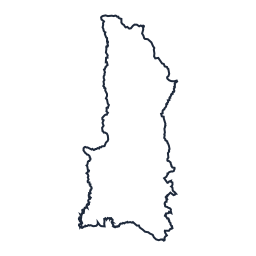 the district of Muhanga, Southern, Rwanda
{"feature_id": "39286606B71619932434084", "entity_name": "Muhanga", "entity_type": "district", "adm_level": 2, "iso_a3": "RWA", "parent_name": "Rwanda", "parent_adm1": "Southern", "projection": "robinson", "projection_center": [29.724, -1.939], "detail": "fine", "context": "isolated", "style": "outline", "palette": "slate", "viewbox_px": 256, "rotation_deg": 0, "n_neighbors": 0, "source": "geoboundaries", "source_scale": "gbopen_adm2", "svg_char_len": 5863}
<svg xmlns="http://www.w3.org/2000/svg" viewBox="0 0 256 256"><path d="M170.6,223.2L169.1,221.5L169.3,220.8L168.8,220.2L169.0,219.9L168.5,218.5L168.1,218.3L167.3,218.6L166.3,216.9L164.9,215.8L165.3,214.8L165.9,215.0L166.0,213.5L168.7,213.1L169.0,211.9L171.3,213.1L170.7,210.7L170.9,209.4L169.8,208.2L168.3,207.8L167.3,207.0L165.4,206.5L165.0,205.9L165.1,204.3L164.6,203.9L164.9,202.5L166.2,201.3L166.5,201.5L166.7,200.4L166.5,199.9L167.2,199.3L166.6,198.8L166.9,198.6L166.6,197.6L166.2,197.4L167.0,196.5L166.3,196.4L167.6,194.9L168.5,194.6L170.4,192.6L173.5,195.1L174.3,194.6L174.7,194.8L175.4,193.9L176.1,193.8L174.8,192.3L173.1,191.0L172.7,190.2L172.4,187.5L171.2,186.5L171.8,186.1L172.5,184.7L172.4,182.4L170.8,181.7L171.0,180.8L169.1,181.5L168.2,182.6L167.4,182.8L164.1,178.2L166.3,176.8L167.6,174.3L167.5,173.7L168.1,173.7L168.2,173.1L169.3,172.1L171.3,171.4L172.1,171.6L173.7,171.1L174.6,168.8L174.5,167.8L172.4,167.5L171.3,165.9L171.5,165.4L170.8,164.0L170.6,162.5L168.7,160.9L167.7,160.9L167.4,160.6L167.4,158.9L168.4,157.6L167.9,153.1L169.1,151.6L168.9,150.1L169.4,149.6L169.5,148.8L168.9,145.7L167.9,143.1L167.4,142.8L167.2,141.3L165.4,140.3L165.4,139.4L164.2,137.9L164.7,135.1L164.3,134.6L164.9,132.5L164.4,128.8L165.1,126.8L165.0,126.3L165.5,125.6L165.2,125.0L165.4,123.8L163.8,118.5L163.7,116.7L161.8,116.3L161.1,113.8L162.6,113.3L162.6,110.9L163.2,109.9L164.3,109.4L164.4,108.5L165.8,107.0L166.3,105.8L166.2,104.2L167.2,104.0L167.2,102.8L168.0,102.3L168.2,101.2L167.9,100.3L169.4,100.1L169.4,98.2L170.2,97.8L169.8,97.2L171.2,95.5L171.1,94.5L171.7,93.8L172.6,93.9L172.9,91.8L174.1,91.7L174.3,90.8L173.8,88.9L174.5,87.9L174.2,87.0L174.9,86.8L174.7,85.8L175.0,84.8L174.6,83.8L175.0,83.1L177.1,81.5L176.7,80.6L174.2,81.3L171.2,81.1L169.2,80.3L167.5,78.8L167.1,77.9L167.2,77.1L168.5,76.0L169.2,73.8L168.3,68.9L167.6,68.6L167.0,67.0L164.7,66.4L163.8,64.0L162.0,63.4L158.3,57.9L155.3,58.4L154.1,56.4L154.4,53.4L153.8,49.6L154.3,48.0L153.0,46.1L151.4,42.4L147.8,39.2L144.9,38.9L144.2,38.2L143.4,35.6L142.1,33.5L143.2,29.7L143.1,27.7L143.9,26.6L143.8,25.9L143.1,25.6L142.2,26.4L140.8,25.5L139.2,26.3L136.9,24.7L134.5,24.6L132.8,25.9L130.9,28.3L129.2,28.6L127.3,26.9L125.8,27.4L124.9,26.6L124.0,25.0L122.5,24.1L121.4,22.6L121.4,18.9L119.2,18.2L118.5,17.7L118.3,16.7L116.9,16.6L116.1,15.8L115.2,15.6L113.8,16.1L111.7,15.7L107.9,16.1L105.5,15.4L102.8,16.0L101.6,16.7L101.1,17.4L101.5,19.5L104.0,21.4L103.0,23.2L103.2,24.8L102.6,27.4L103.3,28.7L103.7,30.8L104.7,32.1L105.4,32.4L104.8,33.9L106.2,37.5L106.9,37.8L107.1,38.4L107.0,41.6L107.9,41.6L108.0,42.4L107.4,43.4L108.0,45.7L107.5,46.6L106.5,46.3L106.2,46.9L106.4,49.0L105.9,52.5L107.7,55.3L107.4,56.2L107.5,57.7L106.1,57.8L105.8,62.3L106.9,62.2L107.6,65.0L106.6,65.6L106.2,66.7L105.4,67.1L105.0,68.9L104.0,69.5L105.0,72.3L104.5,73.4L104.5,75.0L103.7,76.3L103.7,78.1L104.4,80.0L103.5,81.5L104.0,84.3L103.3,86.0L104.2,86.7L104.2,87.9L105.3,88.2L105.5,88.6L105.2,90.0L105.3,90.6L107.0,94.0L107.0,96.1L105.9,98.4L107.0,99.6L107.8,103.7L108.9,105.0L108.0,107.1L108.0,107.7L106.7,107.7L106.5,107.9L106.7,110.0L106.4,111.3L107.9,112.8L107.3,113.5L106.8,114.7L105.5,114.7L104.6,115.3L102.3,117.8L102.4,119.5L103.6,120.2L102.5,122.8L103.6,125.7L102.1,127.8L102.5,131.0L102.9,131.1L103.8,132.6L104.9,132.5L106.9,133.6L107.8,135.6L108.2,139.3L107.7,140.9L105.9,142.6L104.5,146.1L101.8,146.4L101.1,147.3L99.6,147.2L99.1,148.5L97.5,148.1L96.5,149.0L95.3,149.0L94.7,149.7L93.8,150.0L92.4,148.9L91.6,149.5L87.5,147.4L86.5,147.5L85.2,146.9L84.5,147.2L83.6,148.2L83.5,150.4L85.4,153.1L86.3,153.6L86.9,154.5L88.2,154.8L89.4,155.9L89.8,156.8L89.7,157.7L90.3,158.1L90.5,158.7L90.4,159.6L89.8,160.1L89.4,161.0L88.6,161.0L87.9,161.7L87.6,163.7L87.1,165.2L86.6,165.5L87.3,166.4L87.8,169.7L89.0,170.5L88.8,171.4L87.9,171.4L87.7,172.2L86.5,173.2L87.9,174.4L88.4,176.1L87.8,177.3L88.6,179.4L87.7,180.8L87.7,181.9L87.9,182.3L89.4,182.4L89.6,184.5L90.4,184.5L90.3,186.1L91.4,187.1L91.7,188.2L91.5,188.9L90.6,189.5L90.8,190.2L90.0,191.1L90.6,193.3L90.0,193.7L89.1,193.4L89.2,194.3L88.7,195.0L88.8,196.1L89.6,196.4L89.2,197.2L90.7,197.7L90.1,198.9L88.9,199.2L88.2,200.6L88.5,202.1L89.3,202.4L88.9,203.2L89.0,204.3L88.4,204.8L87.4,204.1L86.9,204.7L86.6,205.5L87.2,207.5L86.3,206.7L85.7,207.9L84.7,207.8L84.0,210.1L83.0,209.6L82.2,210.1L82.5,211.7L83.9,211.7L83.7,213.0L81.9,213.4L81.9,214.3L81.5,215.3L80.4,214.6L81.3,216.7L80.9,219.5L80.2,219.8L79.9,219.5L79.8,217.9L79.4,217.5L78.9,218.5L79.0,219.6L80.0,220.2L79.9,221.1L80.6,221.4L81.3,221.1L82.2,223.1L81.8,223.6L80.6,223.4L80.5,224.3L79.1,224.5L79.0,225.4L80.0,226.7L80.1,227.3L80.4,226.9L81.4,227.1L81.6,226.7L81.8,227.8L82.1,227.9L84.5,226.4L85.0,226.5L85.4,225.7L86.2,226.1L87.1,226.0L88.4,225.1L89.4,225.5L90.7,225.2L93.2,226.2L94.4,226.1L96.3,225.8L96.9,225.2L97.9,223.5L97.8,222.4L99.8,225.2L101.1,226.1L104.6,226.4L104.2,223.7L104.5,221.5L104.2,218.9L105.0,218.5L105.0,218.8L106.3,219.0L106.5,219.6L106.9,219.1L107.0,219.4L107.1,218.6L107.6,218.0L108.5,218.4L110.1,218.4L110.1,218.9L110.4,218.5L110.2,218.1L111.0,218.1L110.9,218.9L112.2,219.2L112.7,220.0L112.0,221.3L112.4,221.3L112.4,222.0L112.9,222.4L111.9,222.3L111.9,222.8L113.4,225.2L113.0,226.0L114.1,226.4L113.9,226.8L115.1,227.3L115.5,227.1L115.5,226.6L116.2,226.4L116.8,226.8L117.7,226.7L117.8,226.2L119.0,226.2L119.1,225.2L119.8,224.8L120.0,224.0L120.5,223.6L122.2,223.6L123.0,222.9L124.4,223.4L125.4,222.5L126.4,222.4L127.3,221.9L127.7,222.5L130.3,222.1L132.1,222.7L132.9,222.1L136.9,225.6L138.9,225.5L139.7,227.5L142.7,229.6L145.0,231.7L148.4,232.3L149.6,233.4L152.7,234.8L153.9,237.3L156.1,239.4L158.8,240.2L161.1,239.4L162.4,239.8L162.8,239.5L163.7,240.6L164.5,240.3L164.7,239.4L164.5,237.9L165.3,236.5L166.9,235.4L165.4,233.2L164.8,231.4L164.9,230.7L168.9,230.8L170.4,228.8L171.6,228.8L171.8,228.2L172.4,228.1L172.0,226.1L171.5,226.1L170.4,224.1L170.6,223.2Z" fill="none" stroke="#1e293b" stroke-width="2"/></svg>